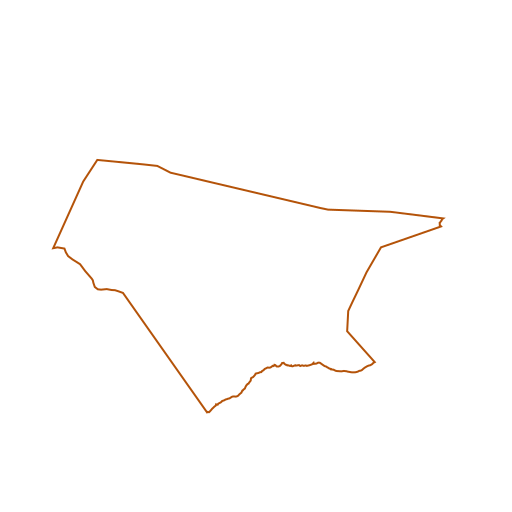 Ngeruluobel, Airai, Palau (Albers equal-area conic projection), rotated 251°
{"feature_id": "81905179B90317674654188", "entity_name": "Ngeruluobel", "entity_type": "district", "adm_level": 2, "iso_a3": "PLW", "parent_name": "Palau", "parent_adm1": "Airai", "projection": "albers", "projection_center": [134.513, 7.38], "detail": "fine", "context": "isolated", "style": "outline", "palette": "amber", "viewbox_px": 512, "rotation_deg": 251, "n_neighbors": 0, "source": "geoboundaries", "source_scale": "gbopen_adm2", "svg_char_len": 2396}
<svg xmlns="http://www.w3.org/2000/svg" viewBox="0 0 512 512"><g transform="rotate(251 256 256)"><path d="M124.1,158.8L124.3,159.6L123.9,160.1L123.6,160.8L124.2,162.0L125.1,163.6L125.9,164.9L126.4,166.1L127.1,167.5L127.6,169.1L128.7,170.0L128.1,170.5L127.9,171.4L128.6,172.1L128.9,173.7L129.0,174.8L129.4,175.9L129.9,176.7L129.9,177.8L129.9,179.1L130.2,180.3L130.2,181.1L130.1,182.1L130.2,182.9L130.1,183.8L130.0,184.6L130.3,185.8L130.7,187.3L130.7,188.3L130.3,189.7L129.7,190.9L129.5,192.1L129.7,193.6L130.6,195.2L131.6,197.8L132.7,198.7L133.3,199.5L133.2,199.9L133.8,200.7L134.3,202.3L135.9,203.7L137.0,205.0L137.2,205.6L137.8,206.4L137.7,207.3L138.4,208.1L139.0,209.0L139.8,210.3L140.4,210.7L141.1,211.0L142.0,211.5L142.3,212.1L142.3,212.9L142.5,213.9L143.2,215.2L144.2,216.8L144.9,217.3L144.9,218.1L144.7,219.2L144.6,220.5L144.8,221.9L144.5,223.2L145.3,224.4L145.5,225.8L146.4,227.5L146.5,228.8L146.8,230.6L146.2,231.9L145.9,232.9L146.0,233.9L146.7,236.0L146.3,236.4L146.4,237.4L147.1,238.0L146.5,238.8L144.9,239.5L144.2,241.1L144.2,242.6L145.4,244.9L146.3,245.8L146.0,247.4L144.9,247.7L143.4,248.8L143.0,249.7L142.4,249.9L142.1,250.9L141.1,252.2L141.1,253.5L140.5,253.4L139.8,254.7L139.9,257.6L139.4,257.9L138.8,261.2L137.6,262.0L137.6,264.0L136.6,265.4L136.3,267.5L135.6,268.2L135.3,270.8L135.3,273.7L136.2,275.6L135.2,275.5L134.8,277.2L134.6,278.2L134.9,279.9L134.7,280.8L134.1,281.8L132.6,282.8L129.6,285.0L128.5,286.5L127.4,287.2L126.8,287.9L125.7,288.7L124.8,290.1L124.4,290.0L123.2,292.4L122.6,292.9L121.5,294.0L120.8,295.2L120.2,296.7L119.6,298.0L119.1,299.4L118.7,301.7L118.1,302.9L117.6,304.0L116.8,305.1L116.0,306.6L115.0,308.3L114.3,310.2L113.7,312.1L113.5,314.5L113.8,316.3L113.5,317.7L113.7,319.1L114.4,320.7L115.0,322.4L115.6,325.3L115.7,327.0L115.5,328.4L115.9,330.5L116.8,332.3L117.0,333.7L155.2,317.7L174.0,325.3L181.0,332.1L190.8,341.8L204.6,355.2L223.5,377.0L223.7,440.6L224.6,440.2L224.9,439.7L227.2,440.4L227.5,440.4L227.9,441.2L228.5,441.9L229.1,443.0L230.2,443.9L230.6,445.2L254.1,397.3L276.4,339.2L280.5,332.3L362.6,202.3L373.3,192.0L379.3,179.3L398.5,137.2L382.7,116.9L329.4,66.8L328.8,71.1L325.4,77.3L321.4,77.4L317.1,78.3L312.6,81.3L305.5,87.0L297.3,89.6L288.1,93.3L286.1,93.8L283.5,93.5L279.2,93.5L276.0,95.6L274.6,98.6L273.3,104.1L270.8,108.5L269.6,111.5L267.6,114.2L264.4,118.2L201.8,136.3L124.1,158.8Z" fill="none" stroke="#b45309" stroke-width="2"/></g></svg>